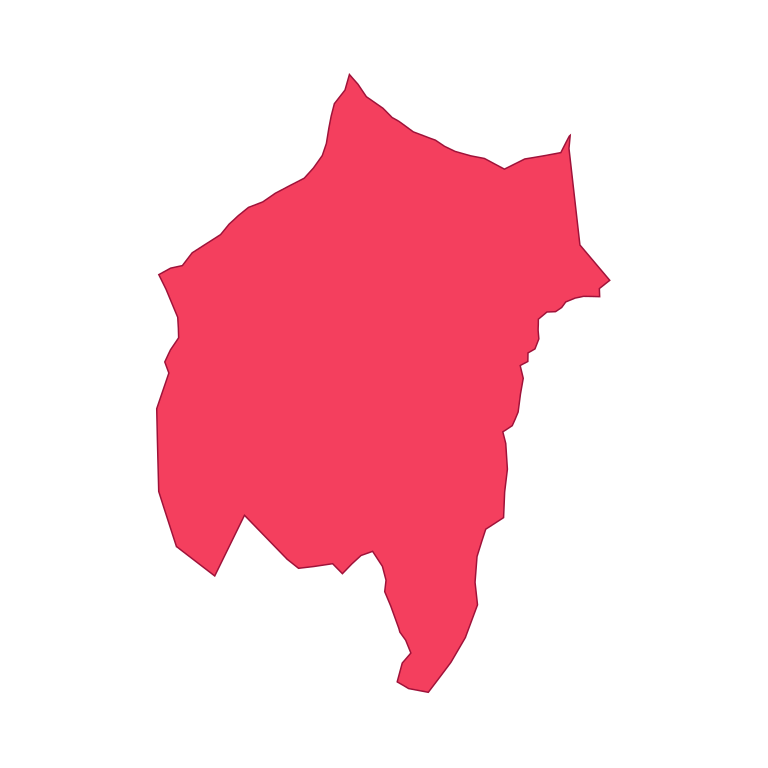 the district of Tandjilé Est, Tandjilé, Chad, rotated 83°
{"feature_id": "50815135B89886025568853", "entity_name": "Tandjilé Est", "entity_type": "district", "adm_level": 2, "iso_a3": "TCD", "parent_name": "Chad", "parent_adm1": "Tandjilé", "projection": "albers", "projection_center": [16.729, 9.658], "detail": "fine", "context": "isolated", "style": "filled", "palette": "rose", "viewbox_px": 768, "rotation_deg": 83, "n_neighbors": 0, "source": "geoboundaries", "source_scale": "gbopen_adm2", "svg_char_len": 1928}
<svg xmlns="http://www.w3.org/2000/svg" viewBox="0 0 768 768"><g transform="rotate(83 384 384)"><path d="M159.9,168.9L160.5,169.8L161.9,170.8L165.8,173.5L175.9,180.3L177.0,198.2L177.5,209.2L177.8,216.9L185.4,238.3L178.7,247.9L172.4,256.8L168.0,270.4L161.8,285.1L155.5,294.9L148.2,303.3L145.8,308.1L143.3,312.8L137.3,324.2L125.1,337.2L121.4,342.2L120.6,343.4L110.2,351.4L96.7,366.5L83.3,373.3L76.9,377.7L72.6,380.6L87.5,386.9L99.7,399.1L111.7,403.8L123.5,407.6L138.3,411.9L149.7,417.4L161.0,427.7L170.0,438.1L175.6,453.3L181.4,468.6L188.5,482.2L192.2,497.0L196.2,503.4L196.5,503.8L199.0,507.9L200.5,510.0L202.8,513.1L206.4,518.2L211.8,523.8L215.8,528.0L223.8,544.7L230.4,558.4L241.9,569.7L243.0,581.7L248.0,594.2L263.4,588.8L292.7,580.6L303.5,581.3L313.1,582.2L324.0,591.7L327.7,594.1L335.4,598.9L346.9,596.2L357.9,601.5L358.1,601.6L358.5,601.8L380.8,612.6L412.7,615.8L463.2,620.7L472.2,619.0L473.8,618.7L480.2,617.5L520.1,609.8L520.1,609.7L523.8,606.0L536.6,593.0L553.9,575.4L497.3,538.5L497.4,538.4L545.7,501.8L545.8,501.8L556.5,491.3L556.6,475.9L556.1,457.0L556.1,456.9L567.2,448.4L558.7,437.9L551.4,427.7L548.7,415.7L564.8,407.8L579.0,405.9L590.2,408.6L605.4,404.3L606.3,404.1L628.6,399.0L632.2,398.5L640.9,393.7L654.3,390.1L663.2,399.9L681.2,407.2L681.3,407.2L685.4,401.7L689.3,396.7L695.4,377.6L680.7,363.3L668.4,351.5L656.2,342.2L645.4,334.0L644.5,333.6L614.6,318.1L591.9,317.8L566.6,312.7L552.0,306.1L540.5,300.7L531.2,281.6L505.9,277.4L483.6,271.9L457.8,270.4L446.0,271.9L441.0,261.8L434.9,258.1L428.2,254.3L424.8,253.4L410.7,249.8L395.3,245.1L382.3,246.6L381.6,244.9L379.2,238.5L375.0,237.9L370.7,237.3L367.6,229.9L358.1,224.8L352.4,224.6L349.7,224.5L347.4,224.2L343.8,223.6L338.5,222.9L332.4,213.5L333.1,204.9L329.7,198.3L324.7,193.6L322.0,183.8L321.7,179.6L321.3,175.3L322.4,167.3L323.6,159.3L315.5,158.6L308.6,147.3L269.9,172.6L172.8,171.7L159.9,168.9Z" fill="#f43f5e" stroke="#9f1239" stroke-width="1.5"/></g></svg>